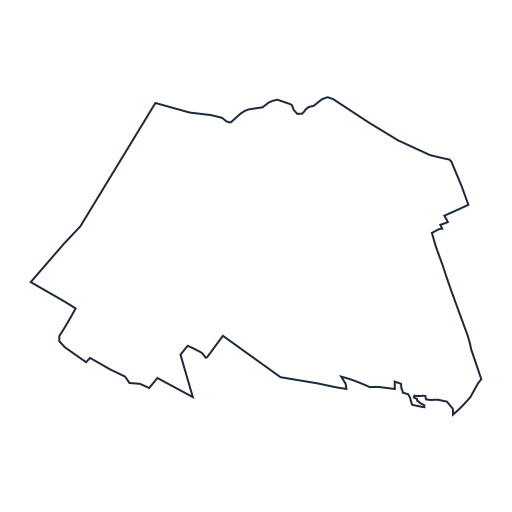 Racasdia, Caras-Severin, Romania (Albers equal-area conic projection)
{"feature_id": "2599482B50821892840629", "entity_name": "Racasdia", "entity_type": "district", "adm_level": 2, "iso_a3": "ROU", "parent_name": "Romania", "parent_adm1": "Caras-Severin", "projection": "albers", "projection_center": [21.603, 44.997], "detail": "fine", "context": "isolated", "style": "outline", "palette": "slate", "viewbox_px": 512, "rotation_deg": 0, "n_neighbors": 0, "source": "geoboundaries", "source_scale": "gbopen_adm2", "svg_char_len": 1955}
<svg xmlns="http://www.w3.org/2000/svg" viewBox="0 0 512 512"><path d="M468.4,204.8L462.4,188.4L462.0,187.1L451.4,161.7L449.5,159.6L439.3,157.4L430.0,155.1L398.1,140.4L368.9,122.6L333.1,99.1L327.9,97.3L326.3,97.6L324.8,98.1L323.3,98.7L321.8,99.4L320.3,100.5L313.6,105.9L309.0,106.9L305.9,109.2L303.9,111.9L302.1,113.7L297.4,113.9L295.7,112.1L293.9,110.2L292.5,106.7L291.8,105.1L290.9,104.5L289.6,103.9L277.4,99.7L272.8,100.8L268.6,102.6L262.6,107.3L248.7,109.4L244.4,111.1L240.7,113.5L230.9,122.3L230.7,122.3L229.5,122.3L228.5,122.1L227.5,121.8L226.6,121.4L225.8,120.9L222.0,117.8L211.2,115.1L189.9,112.6L155.4,103.0L80.3,226.4L63.7,244.0L30.7,282.1L65.1,301.9L75.6,308.4L71.7,315.5L67.7,322.4L63.6,329.3L59.3,336.1L59.3,341.2L64.9,347.3L86.1,362.2L90.0,357.9L110.5,369.6L125.1,376.6L129.5,383.0L139.9,383.8L149.2,388.0L157.4,378.0L162.6,380.8L192.8,397.1L180.5,354.7L187.6,345.8L192.8,348.1L200.0,351.8L202.1,353.1L204.6,356.3L205.6,357.7L206.8,357.4L207.9,356.2L222.9,335.8L280.5,377.2L317.7,383.4L327.9,385.6L338.3,387.7L346.4,388.9L345.6,383.7L341.2,376.6L344.8,377.6L348.5,378.7L352.1,379.9L355.6,381.2L359.2,382.6L362.7,384.0L366.2,385.5L369.6,387.1L378.2,386.9L394.8,389.0L394.7,381.6L401.0,383.8L401.4,388.4L402.5,390.8L402.8,392.7L408.2,394.2L410.4,398.4L410.5,399.9L411.8,403.7L412.2,404.8L422.1,406.9L424.4,407.2L424.3,405.2L419.6,402.8L418.8,401.5L417.4,401.1L417.0,399.0L414.0,397.6L414.2,395.7L417.4,396.0L421.0,396.0L422.6,395.7L425.4,396.0L426.0,399.4L430.6,400.0L434.2,399.8L437.8,399.7L446.9,401.6L450.7,406.2L452.7,408.5L453.0,411.5L453.0,414.6L457.5,410.7L460.9,407.4L464.2,404.0L467.4,400.5L470.5,396.9L478.0,383.3L481.3,379.2L475.4,361.7L471.2,349.5L470.0,343.6L467.7,335.7L451.7,292.0L446.4,276.7L442.3,264.3L439.2,255.9L435.5,245.6L431.9,232.9L438.8,229.2L442.2,228.6L440.3,224.8L444.6,223.4L446.2,222.7L447.8,222.1L446.8,219.9L445.5,217.8L444.3,215.7L452.5,212.1L468.4,204.8Z" fill="none" stroke="#1e293b" stroke-width="2"/></svg>